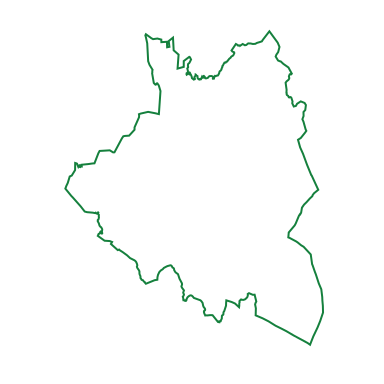 outline of Ambeļu pag., Daugavpils, Latvia, rotated 266°
{"feature_id": "27541924B25126117723417", "entity_name": "Ambeļu pag.", "entity_type": "district", "adm_level": 2, "iso_a3": "LVA", "parent_name": "Latvia", "parent_adm1": "Daugavpils", "projection": "robinson", "projection_center": [26.898, 56.048], "detail": "fine", "context": "isolated", "style": "outline", "palette": "green", "viewbox_px": 384, "rotation_deg": 266, "n_neighbors": 0, "source": "geoboundaries", "source_scale": "gbopen_adm2", "svg_char_len": 5941}
<svg xmlns="http://www.w3.org/2000/svg" viewBox="0 0 384 384"><g transform="rotate(266 192 192)"><path d="M352.6,157.0L351.5,156.4L349.6,156.8L343.5,157.7L325.5,157.4L321.8,158.5L316.6,161.2L315.5,160.8L314.3,160.8L313.2,160.5L303.4,161.5L301.9,162.7L301.6,163.1L301.8,163.7L302.4,164.0L302.8,164.4L302.8,165.0L300.6,166.3L294.9,167.6L272.0,164.4L273.1,160.9L275.0,153.8L273.8,146.2L273.3,144.5L272.2,144.6L270.3,144.4L260.5,139.2L258.1,139.0L252.6,133.2L252.6,129.1L252.4,127.4L250.5,125.9L237.0,117.4L237.0,116.1L239.3,112.9L239.4,102.7L237.2,101.3L227.4,96.7L227.4,94.6L227.1,90.6L226.9,83.8L225.2,83.8L225.3,83.4L224.6,82.3L224.8,81.8L225.4,82.5L225.7,82.5L226.5,82.2L226.6,81.9L226.1,80.9L225.1,80.3L228.2,79.3L228.5,79.0L229.1,77.5L222.0,76.9L216.8,73.2L216.0,71.1L209.7,68.7L206.7,67.0L204.2,65.9L196.4,71.4L195.0,72.6L185.5,79.9L180.0,83.6L179.2,85.9L178.3,91.6L177.7,93.9L178.1,94.5L177.2,95.3L177.0,95.8L177.1,96.1L178.0,96.7L178.2,96.9L178.0,97.1L177.1,96.7L176.3,97.0L175.7,97.5L174.1,97.3L173.2,97.4L171.5,96.9L170.9,96.6L170.7,96.1L169.5,95.9L167.2,96.9L164.9,97.4L163.6,98.3L163.1,99.0L161.2,99.8L160.6,99.8L158.5,99.3L157.2,99.6L156.8,99.2L157.6,98.2L158.4,98.3L158.8,98.0L158.4,97.6L157.2,97.2L156.9,96.9L156.8,96.0L156.0,95.5L155.2,95.3L154.8,95.0L149.5,101.4L148.8,106.5L147.7,108.8L145.8,107.5L139.2,113.9L139.5,115.2L139.6,115.3L138.7,116.2L137.0,118.5L133.4,122.8L130.4,125.6L127.9,129.8L127.1,130.7L125.9,131.5L123.7,132.2L122.5,132.3L121.3,131.8L120.6,132.0L119.8,132.3L118.0,133.4L116.6,134.0L114.4,133.9L113.5,134.0L111.6,134.7L109.8,134.6L109.0,135.2L108.2,135.4L107.8,135.8L107.5,136.7L107.3,137.0L106.2,137.6L105.6,138.2L105.4,138.6L104.9,138.7L103.7,139.6L106.6,148.5L106.9,151.3L109.4,151.6L111.7,152.3L114.4,153.8L115.9,155.4L117.0,157.4L118.2,158.6L119.2,160.8L119.8,162.3L120.4,165.3L120.2,166.0L119.3,166.8L118.1,167.2L117.4,168.3L116.6,168.7L115.3,168.8L113.6,169.6L112.9,170.1L111.0,172.3L106.3,173.5L101.6,175.6L100.3,175.6L98.7,174.9L98.3,174.9L97.1,175.4L94.4,177.1L92.2,176.2L91.1,176.5L90.6,176.8L90.0,176.8L88.5,175.9L88.2,175.5L86.3,175.9L85.3,175.8L84.6,175.9L84.5,177.2L84.0,177.3L83.8,177.8L83.9,178.5L84.5,178.9L85.9,179.3L87.4,180.3L88.4,181.7L88.9,182.8L89.0,183.6L88.7,184.4L87.9,185.3L86.2,186.5L83.4,192.8L82.6,193.6L80.7,194.8L77.8,195.2L76.7,195.5L74.9,196.7L74.2,196.9L73.5,196.9L73.0,196.6L72.7,196.2L72.7,195.9L71.6,195.5L70.0,195.8L67.9,196.6L68.0,197.0L67.8,199.0L67.9,201.1L67.7,203.9L61.2,208.4L60.5,208.9L60.3,209.6L60.3,209.9L60.7,209.9L60.5,210.3L61.1,210.4L61.2,210.7L61.3,211.1L61.2,211.1L61.4,211.3L61.1,211.4L61.1,211.6L61.3,211.7L61.6,211.7L63.7,212.9L66.4,213.2L66.8,213.5L67.2,214.3L67.6,214.7L69.7,215.0L70.3,215.3L70.8,215.8L76.2,218.0L79.1,218.3L81.5,218.7L79.5,223.9L77.8,227.1L73.8,230.9L75.1,231.2L77.7,231.4L78.6,231.8L79.8,231.7L81.0,232.9L81.4,233.4L81.3,233.8L81.0,234.1L80.8,235.9L81.3,237.6L82.9,239.5L83.6,240.0L85.1,240.5L86.4,240.5L87.1,241.8L85.2,245.5L85.2,247.3L78.2,248.5L77.2,247.8L75.5,247.1L71.5,247.6L64.5,246.9L61.1,253.6L57.6,259.4L52.8,266.0L49.3,272.0L46.6,276.4L41.8,283.4L33.3,296.8L31.4,299.1L39.4,302.9L48.1,307.8L54.4,310.9L62.6,314.3L69.3,314.6L74.6,314.5L78.1,314.6L85.9,314.2L92.0,312.1L101.2,309.8L103.8,309.0L110.5,307.2L111.5,306.8L121.4,306.1L129.6,299.5L131.2,297.2L134.3,293.9L135.4,292.5L139.3,286.3L140.0,284.9L144.9,285.7L151.5,292.1L153.4,293.3L160.8,297.0L162.4,298.2L162.2,298.4L163.7,299.4L168.7,300.6L171.6,302.9L173.8,305.5L177.3,309.1L179.4,311.7L180.4,312.1L182.2,313.6L185.4,318.1L200.2,312.5L200.4,312.2L211.0,308.7L222.4,305.4L228.9,303.0L236.7,301.4L238.3,304.3L243.3,308.9L245.0,310.3L246.6,309.7L254.4,308.1L256.9,307.2L260.0,308.6L264.0,308.8L265.9,310.7L270.8,311.7L273.0,310.5L274.8,306.8L272.7,303.0L270.6,301.6L270.2,299.5L273.5,298.2L275.4,298.6L279.0,297.7L279.5,297.4L279.9,296.6L279.5,295.6L279.7,295.2L281.2,294.6L282.2,293.4L283.0,293.2L284.1,293.4L284.4,293.1L287.3,293.5L294.5,293.0L295.8,294.1L297.1,296.0L298.2,296.8L298.9,297.0L300.6,296.7L302.6,297.7L302.7,298.2L302.4,299.0L303.1,299.8L309.5,296.9L313.4,292.1L316.1,289.6L316.3,288.7L317.2,287.0L321.3,284.9L323.2,285.8L325.5,287.7L330.6,289.4L335.0,287.9L346.9,280.4L338.8,273.2L337.4,272.2L336.8,269.9L336.2,267.2L335.4,265.5L335.4,263.1L336.1,260.7L336.3,258.4L334.9,256.4L334.7,255.0L336.1,252.9L334.7,250.5L334.9,250.5L334.9,250.3L334.8,248.8L335.0,248.7L334.9,248.1L335.8,247.3L336.6,246.1L330.4,241.3L329.3,242.1L328.4,243.8L327.6,243.9L325.6,242.8L325.0,242.1L324.5,240.9L324.2,240.5L323.3,239.9L322.3,238.4L321.4,237.7L321.1,237.3L319.7,236.2L319.6,235.4L318.8,234.7L318.9,234.4L318.7,234.1L318.8,233.6L318.5,233.5L318.3,233.0L315.9,231.6L315.4,231.0L314.6,231.0L313.0,230.1L312.1,229.9L311.1,229.1L310.5,228.1L309.6,227.6L308.8,227.5L308.1,227.0L307.5,226.8L306.4,225.9L306.3,224.5L305.8,223.6L306.2,223.0L305.2,222.1L303.6,221.8L303.5,220.8L303.7,220.7L304.7,221.1L305.3,221.1L305.7,220.8L306.3,219.6L306.4,217.8L306.3,217.4L305.7,216.6L304.8,215.8L304.4,214.3L304.4,213.6L304.6,213.1L306.1,212.7L306.3,212.3L307.0,211.9L307.0,211.7L306.6,211.3L305.7,211.5L305.3,211.3L305.2,210.5L306.2,210.0L303.8,208.8L303.7,208.6L304.2,207.8L304.1,207.4L303.7,207.0L304.4,206.1L305.2,205.6L307.3,205.5L307.9,204.5L308.7,204.1L308.9,203.8L307.7,203.6L307.0,202.8L306.3,202.4L304.5,202.8L304.3,202.6L304.2,202.1L304.0,201.6L305.6,199.9L307.2,199.7L309.3,199.0L309.5,198.7L309.3,198.1L309.4,197.9L310.6,198.4L311.3,198.1L311.4,197.9L310.7,197.1L310.3,196.2L310.1,196.1L309.4,194.9L310.0,194.7L310.9,195.0L310.8,196.0L311.2,196.2L312.1,196.2L312.9,196.4L315.6,195.9L316.6,196.8L317.1,196.9L318.1,196.7L319.8,197.0L320.2,197.3L320.7,198.1L321.3,198.6L324.2,200.3L326.6,199.3L327.0,198.7L323.2,192.9L317.4,192.5L316.1,186.2L330.0,188.2L334.6,183.6L347.3,183.8L344.2,179.3L338.4,179.6L338.1,177.3L343.6,177.5L343.6,171.9L346.2,172.0L347.5,168.2L347.2,163.8L348.3,162.1L349.6,160.6L352.6,157.0Z" fill="none" stroke="#15803d" stroke-width="2"/></g></svg>